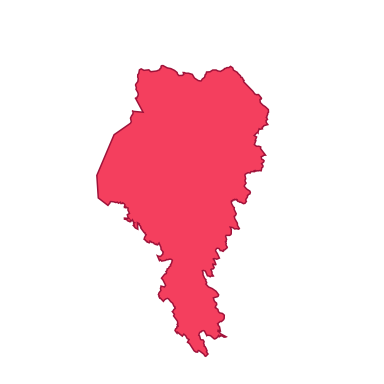 outline of Athlone Lea-6, Roscommon, Ireland, rotated 219°
{"feature_id": "5873133B90689891107780", "entity_name": "Athlone Lea-6", "entity_type": "district", "adm_level": 2, "iso_a3": "IRL", "parent_name": "Ireland", "parent_adm1": "Roscommon", "projection": "robinson", "projection_center": [-8.208, 53.474], "detail": "fine", "context": "isolated", "style": "filled", "palette": "rose", "viewbox_px": 384, "rotation_deg": 219, "n_neighbors": 0, "source": "geoboundaries", "source_scale": "gbopen_adm2", "svg_char_len": 6006}
<svg xmlns="http://www.w3.org/2000/svg" viewBox="0 0 384 384"><g transform="rotate(219 192 192)"><path d="M302.4,259.8L305.9,256.3L309.0,255.7L309.7,253.8L307.9,250.5L308.0,249.1L306.5,247.1L305.2,246.4L303.6,243.7L303.5,240.4L303.2,239.6L300.8,238.0L300.2,236.6L297.0,235.4L295.4,234.3L294.4,232.4L294.5,231.4L294.0,230.2L295.5,229.1L294.8,229.3L280.2,223.2L288.3,217.8L289.8,217.6L288.5,217.4L287.6,216.4L286.9,215.0L287.0,213.7L286.3,210.7L283.4,208.4L283.1,206.6L288.6,187.5L276.4,145.0L261.1,128.4L248.9,128.7L248.9,131.9L249.3,132.7L249.2,133.4L246.7,135.1L244.5,135.9L243.7,137.1L242.1,137.0L241.2,139.0L240.0,138.3L238.9,139.3L239.0,140.0L237.0,140.2L235.9,139.8L235.3,137.9L234.8,137.5L234.1,138.7L233.5,138.1L232.7,138.9L231.6,139.3L230.4,137.6L227.1,136.0L228.0,133.6L225.8,132.1L224.4,131.8L225.6,131.4L225.5,131.0L228.1,129.2L227.4,128.4L225.4,129.5L224.1,129.1L221.5,129.8L221.0,130.4L221.7,131.1L220.7,131.8L220.8,132.9L218.4,131.8L217.5,131.9L217.9,131.4L217.8,131.0L216.1,129.9L216.6,129.1L213.4,128.4L210.7,129.0L215.1,133.8L212.9,134.1L212.6,133.3L210.9,133.2L210.3,132.6L209.5,132.6L209.3,131.9L208.8,131.7L203.8,130.4L202.9,130.7L202.3,130.0L200.8,130.0L200.3,127.0L199.5,125.1L198.5,125.4L197.7,125.0L195.6,125.2L195.5,124.9L193.2,125.6L193.1,126.2L193.8,127.3L192.9,127.7L191.5,127.5L190.0,128.4L188.9,128.0L186.9,128.5L186.9,129.0L186.0,129.0L186.0,129.3L185.4,129.4L185.5,131.6L181.4,129.5L179.9,127.9L176.5,127.2L176.4,126.4L175.6,125.5L175.9,122.2L177.6,121.0L178.8,120.7L174.1,118.2L173.9,119.4L172.1,119.2L169.4,122.4L169.3,123.5L168.1,124.2L167.4,125.5L166.2,126.5L164.3,126.6L163.0,123.4L163.0,121.9L162.1,121.2L162.6,119.7L162.2,117.8L162.9,116.5L162.0,115.2L162.2,113.7L161.2,113.5L160.7,112.6L161.0,111.5L161.5,111.1L161.5,105.8L159.1,105.3L153.8,102.9L153.6,100.9L156.9,99.4L156.1,98.1L155.9,97.3L154.2,95.9L154.2,93.0L153.5,91.0L152.1,90.7L152.0,90.0L150.2,89.2L150.0,89.6L145.4,89.0L145.5,90.9L144.9,92.7L144.1,93.9L143.0,94.2L139.6,93.4L137.0,93.4L134.3,91.9L132.7,91.9L132.6,91.2L131.8,90.9L132.2,89.0L131.8,88.1L132.1,86.7L128.7,85.9L128.4,84.1L122.1,82.5L120.2,80.8L120.3,79.9L119.4,79.7L119.6,79.4L118.3,78.7L118.9,77.6L118.2,76.6L118.6,75.2L118.0,73.6L114.7,72.8L115.0,73.9L108.8,73.9L108.9,76.4L106.4,76.3L103.5,75.1L101.5,75.5L101.0,72.4L98.5,72.6L90.4,69.9L88.2,70.1L86.9,71.1L87.4,72.7L86.6,73.2L80.7,73.4L78.9,72.7L77.9,73.0L77.6,76.2L80.2,76.8L80.3,78.0L82.6,79.3L84.6,80.1L85.7,79.9L86.1,80.7L87.9,81.8L88.3,83.2L89.8,83.9L90.3,84.0L91.8,82.9L92.7,82.9L95.6,85.0L96.6,84.9L97.5,87.2L97.4,88.6L96.7,89.3L96.9,90.0L96.1,91.3L94.9,91.8L90.1,89.7L90.1,90.3L87.3,92.0L82.5,91.8L81.8,92.1L81.1,93.7L80.7,96.3L81.0,96.5L81.1,97.1L79.7,96.6L79.3,97.7L79.6,98.2L77.6,99.2L75.9,99.3L74.6,100.4L74.3,101.0L80.7,99.8L82.4,100.3L84.1,100.0L84.7,101.0L82.5,101.8L85.7,104.5L88.2,105.1L88.4,105.7L89.2,105.8L88.6,109.1L87.6,109.8L87.1,112.7L87.5,114.1L89.4,116.6L91.8,116.8L94.6,115.4L96.4,115.8L98.0,117.1L101.0,116.8L101.0,117.3L101.5,117.4L102.0,119.1L101.8,119.9L103.0,121.1L105.0,121.1L106.4,121.5L108.8,123.2L106.3,126.7L106.1,127.6L106.6,128.9L110.8,130.0L115.5,129.7L119.5,128.6L123.3,129.2L123.2,130.0L123.7,131.0L125.4,131.5L125.9,132.6L127.8,132.8L130.9,134.4L131.9,135.1L132.3,135.9L134.4,137.3L133.9,138.2L131.9,139.0L127.3,136.6L126.1,137.3L124.5,137.6L123.9,139.4L122.8,139.7L122.5,140.2L124.9,140.9L126.1,142.4L128.5,143.6L128.4,144.3L127.2,145.4L127.1,147.1L130.0,148.5L130.4,149.1L128.1,150.1L127.8,150.5L127.9,150.8L131.7,153.0L132.8,153.0L133.4,153.6L132.7,154.4L130.4,155.4L129.1,157.9L133.6,160.1L136.5,161.0L137.2,161.9L137.3,163.7L136.8,164.4L135.3,165.1L133.2,164.2L132.5,164.9L130.5,165.4L130.4,166.1L130.9,166.8L130.2,167.5L129.6,170.6L129.8,171.3L131.6,171.9L132.5,172.5L133.0,173.6L134.6,174.3L134.3,175.1L134.9,175.7L135.2,176.9L138.0,178.7L138.2,179.8L135.4,182.0L135.0,183.5L135.5,184.6L137.9,187.6L140.2,188.7L137.9,190.0L135.6,190.1L134.3,191.5L132.3,192.5L132.2,193.4L135.6,194.6L137.1,196.3L142.0,198.2L143.9,199.7L143.4,201.0L143.9,202.9L148.5,205.1L149.3,206.5L150.6,206.5L153.8,207.8L155.3,209.1L155.7,209.9L154.8,210.6L155.1,211.9L154.2,212.3L154.4,212.9L154.1,213.3L152.9,213.6L152.6,214.4L151.9,214.4L151.6,213.8L150.4,213.6L149.6,214.1L148.5,214.1L147.7,214.8L144.7,215.3L143.7,216.5L143.8,218.9L144.8,219.3L145.5,220.2L145.8,223.1L146.7,224.2L146.4,224.7L146.6,225.4L145.8,227.0L146.4,228.4L147.6,229.1L151.5,228.7L154.9,229.3L155.4,230.1L155.6,233.0L157.0,233.4L158.3,234.6L158.5,236.0L161.5,238.4L161.8,239.4L160.7,242.2L158.7,243.4L159.0,245.0L156.4,247.0L157.1,247.7L156.2,248.6L155.5,248.3L154.9,249.5L154.0,249.9L153.1,251.1L151.6,252.0L153.0,254.8L152.7,256.2L153.4,257.1L155.8,257.8L155.2,260.3L155.6,261.6L157.1,261.8L158.5,261.3L160.4,263.0L159.5,264.6L159.3,265.8L158.1,266.9L165.9,268.8L167.0,270.3L168.9,269.6L170.6,268.1L173.4,268.1L174.7,272.1L175.4,272.0L176.4,275.4L179.2,275.0L178.9,278.9L178.7,279.4L177.8,279.4L178.5,280.3L179.6,283.4L178.6,283.6L177.0,285.4L177.9,286.0L178.1,286.6L177.7,287.7L177.9,288.8L175.5,292.1L178.1,292.8L179.4,294.2L179.0,295.9L181.2,296.8L181.0,297.4L181.6,298.1L182.0,300.0L182.8,300.8L182.7,302.1L184.5,304.1L188.6,304.4L191.7,304.1L195.2,304.5L197.4,306.6L197.3,307.3L196.7,307.8L197.0,308.6L200.8,309.5L201.8,309.5L203.1,308.2L204.9,307.7L208.1,308.6L220.9,310.1L221.7,310.6L221.8,311.5L223.2,311.5L224.0,312.2L225.4,312.5L226.2,311.9L227.5,312.8L231.2,313.1L231.9,313.5L236.5,312.8L238.5,314.1L241.1,313.9L241.6,311.9L243.1,310.7L243.7,309.2L244.5,308.3L244.2,307.6L245.8,303.6L248.2,302.3L250.0,302.0L252.6,299.9L253.7,296.7L256.2,294.4L255.4,292.6L255.6,291.6L254.4,289.0L255.1,286.3L254.8,284.2L255.3,283.6L257.4,282.5L261.8,282.1L265.8,283.6L269.5,282.1L271.7,280.3L272.9,280.1L274.0,279.3L272.5,278.3L272.8,276.6L275.6,274.2L277.5,274.6L278.8,275.5L282.1,275.5L286.1,274.6L289.3,272.9L294.1,272.0L295.0,271.2L295.2,270.3L294.2,269.0L294.5,267.8L294.1,266.7L295.7,263.7L299.6,259.7L300.2,259.5L302.4,259.8Z" fill="#f43f5e" stroke="#9f1239" stroke-width="1.5"/></g></svg>